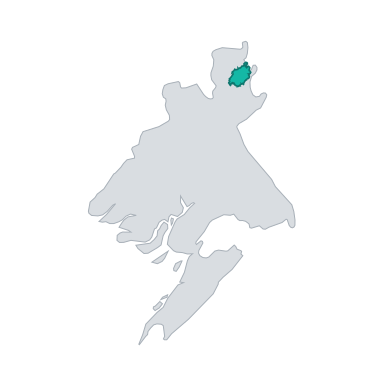 Nilphamari, Rangpur, Bangladesh shown in context, rotated 52°
{"feature_id": "16705992B74406959438199", "entity_name": "Nilphamari", "entity_type": "district", "adm_level": 2, "iso_a3": "BGD", "parent_name": "Bangladesh", "parent_adm1": "Rangpur", "projection": "orthographic", "projection_center": [88.949, 26.021], "detail": "fine", "context": "in_parent", "style": "filled", "palette": "teal", "viewbox_px": 384, "rotation_deg": 52, "n_neighbors": 0, "source": "geoboundaries", "source_scale": "gbopen_adm2", "svg_char_len": 7710}
<svg xmlns="http://www.w3.org/2000/svg" viewBox="0 0 384 384"><g transform="rotate(52 192 192)"><path d="M135.3,268.1L135.3,259.5L129.6,242.6L129.9,240.8L128.7,232.7L127.3,228.2L126.6,223.4L129.9,216.5L128.6,215.3L121.1,213.2L120.2,211.4L121.8,204.7L116.4,198.2L114.3,193.4L120.1,177.9L121.6,167.1L121.1,165.0L117.6,162.6L111.4,161.6L107.1,159.6L104.5,156.5L102.4,155.3L99.7,156.2L96.3,155.0L93.4,151.9L91.1,148.2L92.0,144.2L96.6,134.7L98.3,134.4L102.1,136.3L103.6,136.3L106.2,132.6L109.8,121.8L122.2,122.8L125.2,122.5L128.3,121.6L130.0,120.2L131.0,118.5L130.6,117.0L126.8,115.0L125.3,113.5L124.3,109.2L123.2,107.6L115.7,107.4L111.8,105.4L109.7,103.6L105.9,97.7L101.2,93.4L96.7,92.3L95.0,90.9L94.1,88.7L94.6,85.5L96.9,79.3L109.3,66.0L109.6,64.5L109.2,62.8L105.6,60.6L105.3,59.6L106.4,56.8L108.4,56.4L112.6,59.0L116.9,63.1L119.5,66.8L119.6,69.7L122.9,70.3L125.7,71.6L128.6,71.2L130.5,71.9L131.7,71.7L132.2,70.0L129.8,65.8L131.0,64.0L133.8,64.1L135.8,65.7L137.3,68.9L137.6,73.9L140.9,78.5L145.3,81.7L148.7,83.2L152.9,84.2L156.4,83.2L158.1,80.0L157.3,77.2L157.9,74.7L159.3,73.2L161.5,73.3L163.1,75.3L168.0,86.2L167.0,91.0L168.2,104.2L167.0,112.9L167.8,116.2L168.6,116.8L175.9,118.4L186.5,121.8L194.6,123.0L231.1,121.5L239.1,123.0L263.5,121.2L270.1,123.8L277.5,128.1L281.6,131.4L282.4,133.3L282.0,135.0L280.6,135.9L278.2,136.0L272.4,134.0L271.4,134.6L271.5,139.8L267.1,153.1L266.5,157.1L264.9,158.8L260.1,159.7L257.1,167.4L255.7,168.4L252.5,166.8L250.6,167.1L248.1,167.8L245.6,169.7L244.0,171.9L242.0,172.7L235.2,172.7L233.9,176.2L229.5,180.9L226.6,193.3L226.9,197.0L230.8,206.8L233.7,219.4L234.8,220.7L236.1,220.8L236.0,215.0L237.3,214.2L238.9,214.8L242.3,222.6L244.2,224.5L247.0,225.0L250.3,223.8L252.7,221.4L253.6,218.9L252.6,210.4L254.1,206.9L259.6,201.6L260.4,200.0L259.8,191.4L261.9,191.1L264.8,191.7L268.3,189.6L269.4,189.5L271.0,191.6L273.5,191.2L277.7,208.1L278.3,220.1L279.3,226.7L280.8,228.2L285.3,238.0L290.1,273.1L291.1,295.3L292.9,302.9L291.6,304.6L290.2,305.0L288.9,302.4L279.6,296.9L277.3,297.6L274.3,300.9L273.1,304.0L273.7,308.3L274.8,312.5L277.0,314.8L277.3,317.5L279.9,327.5L279.2,327.6L274.0,318.6L267.7,309.7L265.4,293.7L265.2,285.8L260.8,276.5L256.6,260.3L258.2,254.5L255.4,257.1L250.6,247.4L243.4,238.0L241.2,233.8L241.0,229.6L238.0,233.8L233.9,236.8L229.7,241.3L226.9,242.7L218.0,243.6L212.7,237.8L205.1,223.6L204.1,220.4L205.0,211.9L203.1,203.9L202.5,196.9L201.2,197.5L200.7,199.5L201.0,202.4L200.5,204.9L188.1,203.5L193.4,207.6L199.1,208.5L202.1,212.3L202.4,218.5L196.8,222.3L197.4,225.5L200.7,229.3L196.7,230.5L195.7,233.0L195.6,236.6L198.4,242.1L198.0,244.3L202.8,251.5L203.7,254.9L202.6,259.8L192.5,269.9L189.6,276.9L187.1,280.2L183.9,280.9L180.1,277.6L180.0,274.1L180.8,271.4L186.0,264.8L183.1,265.7L174.9,271.2L173.3,266.8L172.2,262.8L172.2,257.8L176.1,250.3L171.6,254.0L170.4,258.7L171.0,264.2L170.4,268.0L168.7,273.1L166.3,276.2L162.4,278.1L160.6,281.2L158.0,283.4L157.1,273.2L154.2,259.4L153.6,262.4L155.1,270.9L155.0,276.5L152.9,280.9L148.6,285.6L145.3,286.3L143.4,285.5L137.2,278.5L136.7,271.8L135.3,268.1ZM210.9,267.7L203.3,269.4L199.4,269.0L206.6,256.5L206.2,251.0L205.1,246.5L201.4,242.9L201.1,240.3L199.4,236.8L198.5,232.6L202.6,231.3L205.9,233.6L207.2,238.3L208.8,241.8L214.7,249.0L214.6,253.4L213.2,264.3L210.9,267.7ZM227.2,263.4L222.6,266.8L223.9,247.2L227.4,254.4L228.3,258.3L227.2,263.4ZM244.8,253.3L242.8,254.7L240.9,253.6L238.4,249.0L239.5,243.2L240.2,242.3L243.2,248.2L244.8,253.3ZM262.7,294.1L260.1,294.4L258.8,293.1L259.3,291.1L258.5,284.8L261.9,284.1L263.2,289.3L262.7,294.1ZM259.5,276.5L257.6,282.8L256.8,280.0L258.0,274.5L259.5,276.5ZM204.5,226.5L205.3,228.6L201.1,226.0L199.9,224.2L201.8,223.2L204.5,226.5Z" fill="#d9dde1" stroke="#a8b0b8" stroke-width="1"/><path d="M130.5,96.1L130.7,95.7L130.9,95.7L130.8,95.8L130.9,95.7L130.9,95.8L131.1,95.8L131.0,95.7L131.0,95.3L130.9,95.2L130.7,95.2L130.6,94.9L130.6,94.7L130.5,94.8L130.5,94.7L130.7,94.1L130.8,94.2L131.2,94.0L131.2,93.9L131.3,93.9L131.4,93.7L131.1,93.5L131.3,93.3L131.2,93.3L131.2,93.2L131.1,92.8L130.9,92.9L130.8,93.0L130.6,92.9L130.7,92.7L130.8,92.6L131.0,92.5L131.2,92.3L131.5,92.3L131.7,92.5L131.8,92.5L132.1,92.6L132.4,92.6L132.5,92.4L132.9,92.4L133.2,92.4L133.1,92.2L133.3,92.3L133.6,92.0L133.8,92.1L134.2,92.1L134.4,92.1L134.6,92.2L134.9,92.2L134.8,92.4L134.9,92.2L135.1,92.1L135.1,91.9L135.4,91.6L135.6,91.5L135.7,91.4L136.1,91.4L136.3,91.5L136.5,91.5L136.8,91.6L136.8,91.4L136.7,90.8L136.8,90.7L137.2,90.6L137.3,90.5L137.1,90.1L137.3,89.9L137.4,89.7L137.4,89.4L137.9,89.1L138.0,88.9L137.8,88.9L137.7,88.7L137.5,88.4L137.3,88.3L137.2,88.4L137.2,88.1L137.2,87.9L137.3,87.9L137.3,87.7L137.3,87.4L137.4,87.1L137.3,86.9L137.3,87.0L137.3,86.9L137.4,86.7L137.0,86.5L137.4,86.4L137.4,86.1L137.5,85.9L137.7,85.5L137.6,85.2L138.0,85.1L138.3,85.4L138.6,85.2L138.8,85.3L139.0,85.2L138.9,85.0L138.6,84.7L138.3,84.4L138.1,84.2L137.9,83.9L137.7,83.6L137.7,83.3L137.5,83.1L137.5,82.9L137.3,82.6L137.2,82.3L137.3,82.2L137.2,82.0L137.0,81.9L137.1,81.6L137.1,81.4L136.8,80.7L137.0,80.6L136.9,80.2L137.0,80.0L137.2,79.9L136.8,79.3L136.8,79.0L136.8,78.8L136.9,78.5L136.8,78.1L137.2,78.0L137.3,77.8L137.1,77.1L137.2,76.6L137.0,76.4L136.6,76.1L136.5,75.8L136.1,75.4L135.8,75.4L135.8,75.5L135.6,75.5L135.4,75.6L135.1,75.4L135.0,75.2L134.9,75.3L134.8,75.2L134.8,75.3L134.6,75.3L134.5,75.1L134.6,74.9L134.4,75.1L134.3,74.9L134.2,74.7L134.0,74.4L133.8,74.5L133.9,74.3L134.0,74.1L134.4,73.9L134.4,73.6L134.5,73.1L134.4,72.9L134.2,72.8L133.9,72.7L133.7,72.3L133.8,72.1L133.7,72.0L133.7,71.9L133.0,72.0L132.7,71.9L132.1,71.9L132.1,72.0L131.8,72.1L131.7,72.2L131.2,72.1L130.9,71.8L130.6,71.5L130.5,71.0L130.3,70.9L130.1,70.4L129.9,70.1L129.6,70.1L129.5,69.9L129.2,69.9L128.7,69.9L127.7,70.0L127.3,70.3L127.3,70.5L127.2,70.6L127.3,70.8L127.1,71.0L127.1,71.6L127.4,71.7L127.4,71.8L127.6,71.9L127.6,72.1L127.8,72.1L127.8,72.3L127.8,72.5L127.6,72.5L127.6,72.4L127.3,72.5L127.1,72.5L126.8,72.4L126.7,72.4L126.4,72.5L126.2,72.6L126.1,72.2L126.0,72.3L125.9,72.2L125.7,72.2L125.7,71.9L125.8,71.7L125.5,71.8L125.5,71.6L125.4,71.5L125.3,71.4L125.1,71.5L125.1,71.4L125.0,71.0L125.2,70.8L125.1,70.6L124.9,70.4L125.0,70.4L125.1,69.9L125.3,69.6L125.1,69.5L124.6,69.0L124.4,68.9L123.9,69.1L123.5,69.1L123.3,69.3L123.0,69.4L122.8,69.3L122.8,69.1L122.8,69.4L123.0,69.7L123.1,70.0L123.0,70.8L122.7,71.1L122.9,71.9L123.0,72.3L123.4,72.2L123.5,72.2L123.8,72.3L123.9,72.5L124.1,72.6L124.4,73.4L124.4,73.5L124.1,73.7L124.1,73.8L124.4,73.8L124.2,74.6L123.8,74.9L123.5,75.0L123.6,75.7L123.9,76.1L123.9,76.5L123.9,76.8L123.8,77.2L124.1,77.3L124.1,77.7L123.9,77.9L123.8,78.2L123.4,78.5L123.4,78.8L123.1,79.4L123.0,79.5L122.7,79.5L123.0,79.7L123.1,79.8L123.5,80.1L123.5,80.3L123.6,80.5L123.5,80.8L123.4,80.9L123.2,81.1L123.1,81.3L122.9,81.5L122.9,81.9L122.8,81.7L122.7,81.8L122.8,82.0L122.7,82.1L122.8,82.2L122.8,82.3L122.6,82.4L122.4,82.3L122.2,82.3L122.0,82.7L121.7,82.8L121.8,82.9L121.7,83.1L121.9,83.6L122.0,83.8L122.3,84.6L122.1,85.2L122.3,85.6L122.4,86.0L122.1,86.3L122.2,86.5L122.4,86.5L122.6,86.8L122.6,86.5L122.8,86.4L123.1,86.5L123.6,86.6L123.9,86.8L124.2,86.9L124.6,87.2L124.7,87.5L124.5,87.8L124.6,88.2L124.9,88.7L124.9,88.9L125.1,89.0L125.2,89.3L125.4,90.0L125.4,90.3L125.5,90.3L125.6,90.5L125.6,90.8L125.5,91.0L125.7,91.4L125.7,92.3L125.8,92.4L126.2,92.3L126.4,92.5L126.5,92.7L126.4,92.8L126.5,92.8L126.5,93.4L126.6,93.5L126.8,93.6L126.7,93.7L126.9,94.1L127.1,94.1L127.4,94.3L127.6,94.3L127.9,94.3L128.1,94.3L128.3,94.3L128.3,94.8L128.4,95.1L128.5,95.3L128.5,95.5L128.4,95.7L128.5,95.8L128.6,96.0L129.4,96.0L129.4,95.9L129.2,95.8L129.1,95.6L129.3,95.6L129.2,95.6L129.3,95.7L129.4,95.9L129.7,95.8L129.8,95.8L130.0,96.0L130.3,96.2L130.5,96.2L130.4,96.1L130.5,96.0L130.5,96.1Z" fill="#14b8a6" stroke="#0f766e" stroke-width="1.5"/></g></svg>